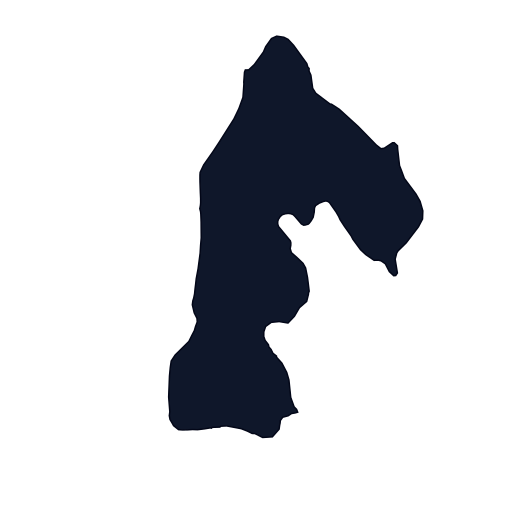 outline of San Pablo, San Marcos, Guatemala, rotated 133°
{"feature_id": "79465075B73669305526668", "entity_name": "San Pablo", "entity_type": "district", "adm_level": 2, "iso_a3": "GTM", "parent_name": "Guatemala", "parent_adm1": "San Marcos", "projection": "natural_earth1", "projection_center": [-91.953, 14.976], "detail": "fine", "context": "isolated", "style": "filled", "palette": "ink", "viewbox_px": 512, "rotation_deg": 133, "n_neighbors": 0, "source": "geoboundaries", "source_scale": "gbopen_adm2", "svg_char_len": 2544}
<svg xmlns="http://www.w3.org/2000/svg" viewBox="0 0 512 512"><g transform="rotate(133 256 256)"><path d="M259.7,329.4L261.5,326.6L263.3,324.6L268.7,319.2L280.1,308.4L286.1,303.7L292.0,298.8L297.9,294.6L304.9,289.6L313.4,284.2L317.8,280.9L321.8,278.0L325.6,275.1L329.2,272.9L331.9,271.6L335.1,269.3L339.7,262.4L341.8,256.7L344.3,254.0L348.9,252.1L352.6,250.2L358.0,248.7L364.3,246.8L383.6,247.6L390.6,246.4L395.8,242.8L402.7,237.5L418.7,223.7L428.7,212.8L431.9,210.5L434.2,207.4L435.8,202.0L436.3,200.6L435.8,194.2L433.3,191.1L429.6,187.3L426.2,184.1L422.9,180.3L417.4,175.7L413.0,172.3L412.2,171.1L411.2,171.2L405.8,165.8L404.3,165.5L400.3,161.6L393.2,150.4L392.3,148.9L389.9,142.8L388.4,137.8L386.6,135.7L384.2,127.4L377.1,120.7L366.9,121.0L363.5,123.4L361.8,124.4L359.7,126.0L355.7,126.5L350.9,123.5L347.0,122.6L344.0,120.3L341.8,119.0L340.5,121.7L340.3,125.3L338.6,128.6L335.8,134.1L324.2,147.4L320.2,154.1L316.7,164.0L316.0,171.9L315.2,172.8L315.6,177.3L314.1,181.2L313.7,184.6L312.4,186.4L311.5,191.8L309.6,195.4L306.1,198.6L301.0,200.9L294.1,199.6L288.1,194.3L283.2,186.9L273.9,186.8L264.2,189.0L254.6,188.0L248.3,191.5L247.2,192.4L245.5,193.1L239.5,200.2L236.5,203.8L230.9,211.6L229.3,216.6L229.2,225.4L229.4,232.4L227.3,236.0L224.5,237.8L222.6,239.5L221.5,241.2L219.1,259.6L217.8,261.9L216.0,263.6L214.0,264.6L210.7,265.2L207.8,264.9L205.0,263.3L202.8,261.4L201.3,259.3L200.4,257.0L200.5,254.3L201.6,244.7L201.0,242.2L199.6,241.0L198.3,240.3L197.3,239.6L195.9,239.4L192.6,239.7L188.7,240.6L184.3,243.3L180.8,246.1L178.5,246.8L174.2,245.8L170.0,243.8L168.0,242.4L167.1,240.6L166.8,238.7L169.2,227.4L170.7,222.5L172.1,219.2L174.0,211.6L176.4,200.1L177.7,196.5L180.1,183.8L180.1,176.7L178.6,166.7L175.5,163.5L174.2,161.1L173.5,156.1L176.5,147.8L176.5,141.8L175.0,140.5L172.0,141.0L163.4,152.1L157.7,155.2L155.3,155.6L144.0,155.1L123.9,157.1L115.4,159.4L109.2,164.8L104.1,173.3L101.6,181.2L98.1,200.4L94.6,207.3L92.0,212.7L81.3,225.2L78.9,227.7L78.9,232.2L80.1,233.4L89.7,235.7L92.3,237.8L92.8,243.7L91.6,269.7L91.9,295.2L93.5,304.3L94.4,305.6L96.2,323.3L94.7,328.9L86.3,339.2L84.6,343.3L82.6,345.1L82.5,346.9L80.6,350.1L76.3,372.0L75.7,380.3L77.0,384.8L81.1,390.8L86.4,393.0L96.2,391.7L101.7,389.7L117.1,387.8L124.9,388.3L127.2,390.7L129.4,389.8L137.3,383.4L138.4,382.2L148.9,373.7L159.7,369.1L165.4,367.3L170.9,365.6L198.1,360.5L209.2,358.6L225.0,356.4L232.9,353.9L234.9,352.3L237.6,349.8L240.0,347.5L247.6,339.9L251.5,335.9L254.8,332.8L256.7,331.3L258.7,330.0L259.7,329.4Z" fill="#0f172a" stroke="#020617" stroke-width="1.5"/></g></svg>